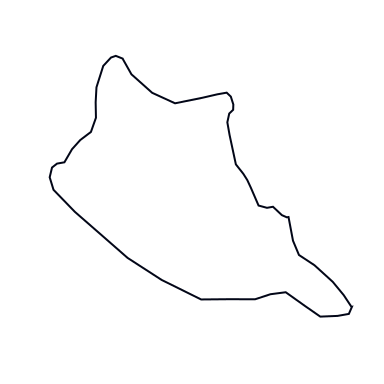 Češinovo-Obleševo, Albers equal-area conic projection, rotated 350°
{"feature_id": "MKD-2925", "entity_name": "Češinovo-Obleševo", "entity_type": "Statistical Region", "adm_level": 1, "iso_a3": "MKD", "parent_name": "North Macedonia", "parent_adm1": "", "projection": "albers", "projection_center": [22.298, 41.869], "detail": "fine", "context": "isolated", "style": "outline", "palette": "ink", "viewbox_px": 384, "rotation_deg": 350, "n_neighbors": 0, "source": "natural_earth", "source_scale": "10m", "svg_char_len": 856}
<svg xmlns="http://www.w3.org/2000/svg" viewBox="0 0 384 384"><g transform="rotate(350 192 192)"><path d="M140.6,44.7L146.9,48.6L147.2,49.7L152.8,65.6L170.0,87.4L190.7,101.7L218.7,101.0L233.9,100.2L243.4,100.2L246.8,104.8L247.9,113.0L246.8,118.2L242.3,121.2L238.9,129.5L238.9,142.3L240.0,172.4L245.7,183.0L248.5,189.8L250.7,198.0L255.2,216.9L263.1,220.6L269.2,220.6L276.5,230.4L281.0,233.4L282.7,233.4L283.0,257.5L286.4,272.6L299.9,285.4L315.0,304.9L323.5,319.9L329.1,332.8L329.6,332.8L325.3,339.3L313.8,339.3L296.7,337.0L283.5,323.9L266.9,307.0L251.5,306.3L235.5,308.6L209.8,304.0L182.3,299.4L146.8,273.3L117.1,245.7L103.6,228.9L73.2,191.2L56.0,165.8L54.4,152.8L58.4,143.6L64.0,140.6L71.5,140.6L81.3,129.0L91.0,121.4L102.9,115.3L110.3,102.2L112.7,86.9L116.1,72.3L126.5,52.4L135.6,45.5L140.6,44.7Z" fill="none" stroke="#020617" stroke-width="2"/></g></svg>